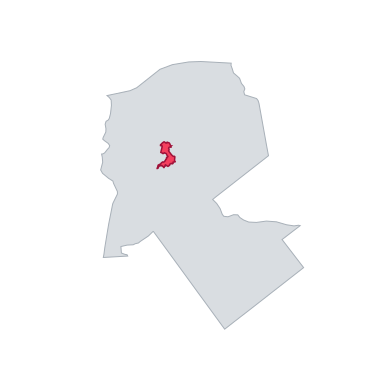 Salamá, Baja Verapaz, Guatemala (highlighted), rotated 142°
{"feature_id": "79465075B18875713614503", "entity_name": "Salamá", "entity_type": "district", "adm_level": 2, "iso_a3": "GTM", "parent_name": "Guatemala", "parent_adm1": "Baja Verapaz", "projection": "robinson", "projection_center": [-90.294, 15.052], "detail": "fine", "context": "in_parent", "style": "filled", "palette": "rose", "viewbox_px": 384, "rotation_deg": 142, "n_neighbors": 0, "source": "geoboundaries", "source_scale": "gbopen_adm2", "svg_char_len": 5447}
<svg xmlns="http://www.w3.org/2000/svg" viewBox="0 0 384 384"><g transform="rotate(142 192 192)"><path d="M81.8,269.4L83.3,267.8L84.5,264.1L86.0,260.3L85.1,255.9L84.5,252.3L86.2,247.1L86.1,243.1L86.9,240.7L89.4,239.2L90.7,236.2L83.6,225.9L83.6,223.5L84.6,220.7L90.4,209.7L97.3,196.6L104.9,182.2L109.4,173.5L126.1,173.5L137.1,173.5L151.0,173.5L166.2,173.5L176.1,173.5L180.3,173.4L179.6,167.7L180.1,161.5L181.9,155.8L181.9,153.3L178.9,150.3L173.2,148.5L170.0,145.8L170.0,142.4L168.6,138.2L165.8,133.4L160.0,128.4L151.3,123.3L143.8,116.5L137.7,108.0L132.5,102.5L128.5,100.2L127.5,98.9L139.2,99.0L150.3,99.1L150.4,86.9L150.5,76.0L150.6,63.7L170.7,63.7L194.7,63.7L219.6,63.7L239.2,63.8L250.7,63.8L250.2,79.0L249.6,96.7L249.2,109.7L248.6,127.0L248.0,144.8L247.2,169.0L246.7,184.6L247.0,184.9L253.5,184.2L263.2,184.9L265.6,184.8L268.6,186.2L270.8,186.6L275.8,190.1L281.6,192.8L285.2,187.4L283.3,184.2L281.8,182.5L282.1,181.1L302.2,195.0L299.8,197.1L294.7,202.1L285.5,210.6L277.2,218.2L269.2,225.1L262.0,231.3L261.1,231.9L252.0,236.3L250.5,238.3L248.5,247.1L247.6,249.3L249.3,254.1L251.0,261.7L250.4,265.6L244.1,270.4L241.2,274.8L239.9,277.6L238.8,276.9L236.8,276.6L232.3,277.7L230.1,278.0L228.3,279.2L228.1,281.9L229.4,286.3L229.8,288.6L228.5,289.6L223.0,292.3L220.8,294.9L218.7,298.9L216.2,300.6L213.7,300.3L211.9,300.9L208.0,303.9L202.2,309.8L199.1,314.2L199.0,317.4L199.6,320.3L178.5,310.0L171.4,308.2L141.7,308.4L129.0,304.4L114.5,296.5L104.7,289.4L81.8,269.4Z" fill="#d9dde1" stroke="#a8b0b8" stroke-width="1"/><path d="M183.1,248.7L183.2,248.8L183.3,248.8L183.5,248.8L183.8,248.8L184.0,248.8L184.3,248.9L184.5,248.9L184.8,248.8L185.0,248.9L185.3,248.8L185.5,248.8L185.8,248.7L186.0,248.8L186.1,248.7L186.3,248.7L186.6,248.5L186.8,248.5L187.0,248.6L187.4,248.7L187.5,248.6L187.8,248.5L188.0,248.4L188.0,248.2L188.2,247.9L188.0,247.7L187.9,247.6L187.8,247.4L187.7,247.4L187.4,247.3L187.3,247.2L187.3,246.9L187.2,246.8L187.2,246.7L187.4,246.3L188.1,245.7L188.4,245.4L188.5,245.4L188.7,245.2L189.0,245.0L189.3,244.7L190.4,243.9L191.3,243.1L191.5,243.0L192.2,242.4L192.1,242.2L191.9,241.7L191.5,241.1L191.4,240.7L191.3,240.2L191.1,240.1L190.7,239.9L190.3,239.9L189.9,240.0L189.7,240.0L189.6,239.9L189.5,239.6L189.4,239.3L189.2,239.0L189.0,238.8L188.9,238.6L188.8,238.4L188.7,238.2L188.7,237.7L188.9,237.1L189.0,237.0L189.0,236.4L189.0,236.2L189.2,235.9L189.2,235.7L189.2,235.4L189.0,235.1L189.1,234.8L189.3,234.7L189.7,234.6L189.9,234.6L190.1,234.6L190.4,234.8L190.5,234.8L190.8,234.7L191.1,234.3L191.3,234.4L191.6,233.9L191.8,233.8L192.0,233.7L192.3,233.7L192.5,233.8L192.7,233.7L192.8,233.7L193.0,233.6L193.3,233.4L193.5,233.3L193.9,233.3L194.0,233.3L194.1,233.2L194.3,233.0L194.5,232.9L195.2,232.9L195.9,233.1L196.0,233.1L196.2,233.3L196.3,233.3L196.4,233.5L196.5,233.7L197.1,233.7L197.5,233.8L197.8,233.9L198.1,233.9L198.3,233.8L198.5,233.7L198.8,233.5L199.0,233.5L199.5,233.6L200.0,233.6L200.6,233.7L200.9,233.7L201.1,233.7L201.3,233.9L201.6,233.9L202.1,234.0L202.3,233.9L202.5,233.8L202.7,233.6L203.2,233.2L203.7,232.8L204.8,232.2L205.0,232.0L204.9,231.9L204.7,231.8L204.5,231.7L204.3,231.7L204.0,231.7L203.6,231.9L203.4,232.1L203.2,232.3L202.9,232.4L202.7,232.4L202.6,232.5L202.3,232.6L202.0,232.6L201.7,232.5L201.3,232.3L201.0,232.2L200.8,232.1L200.7,232.1L200.3,232.3L200.2,232.2L199.9,231.9L199.9,231.5L199.9,231.4L199.6,231.3L199.5,231.2L199.4,231.1L199.3,230.4L199.3,230.1L199.2,229.9L199.1,229.7L199.1,229.3L199.2,228.9L199.2,228.7L198.9,228.5L198.4,228.9L198.1,229.0L197.7,229.2L197.3,229.1L197.2,229.0L196.8,229.5L196.6,229.6L196.3,229.8L196.2,229.8L196.1,229.7L196.0,229.4L196.0,229.2L195.8,228.5L195.7,228.1L195.5,227.8L195.4,227.5L195.3,227.1L195.2,227.0L194.1,226.9L193.9,226.9L193.6,226.9L193.3,226.8L193.2,226.9L193.0,227.1L192.8,227.4L192.7,227.5L192.4,227.6L191.9,227.4L191.4,227.4L191.1,227.4L190.9,227.4L190.6,227.1L190.5,226.7L190.4,226.4L190.0,226.4L189.6,226.3L189.4,226.2L189.3,226.3L189.1,226.4L189.0,226.5L188.9,226.8L188.8,227.0L188.7,227.1L188.4,227.2L188.2,227.1L187.8,226.8L187.7,226.7L187.4,226.5L187.2,226.4L186.9,226.2L186.7,226.2L186.5,226.3L186.5,226.8L186.4,227.4L186.4,227.5L186.0,228.0L185.9,228.1L185.5,228.5L185.3,228.8L185.1,228.9L185.0,229.0L184.8,229.3L184.5,229.6L184.3,229.8L184.2,229.9L184.0,230.1L184.0,230.3L183.9,230.3L183.9,230.5L183.9,230.8L184.0,231.1L184.3,231.2L184.5,231.3L184.7,231.5L184.8,231.7L184.9,232.0L185.0,232.2L185.0,232.5L185.1,232.8L185.1,233.0L185.2,233.3L185.2,233.7L185.2,233.9L185.2,234.1L185.3,234.3L185.3,234.8L185.2,234.9L185.2,235.1L185.2,235.3L185.2,235.8L185.2,237.4L185.2,237.7L185.2,238.1L185.2,238.7L185.1,238.9L185.0,239.0L184.9,239.1L184.6,239.0L184.4,239.1L184.2,239.2L184.1,239.3L184.0,239.5L183.9,239.7L183.9,239.9L183.7,240.2L183.5,240.5L183.3,240.7L183.4,240.9L183.2,241.0L182.9,241.3L182.7,241.3L182.3,241.3L181.9,241.1L181.5,241.0L181.4,241.0L181.4,240.8L181.4,240.7L181.1,240.3L181.0,240.2L180.9,240.2L180.8,240.3L180.7,240.5L180.7,240.8L180.5,241.0L180.1,241.1L179.9,241.1L180.0,241.2L180.3,241.5L180.3,241.8L180.3,242.0L180.2,242.1L180.1,242.5L180.0,243.1L179.9,243.4L179.8,243.6L179.8,244.1L179.7,244.5L179.8,244.7L179.9,245.0L180.0,245.2L180.1,245.4L180.8,246.0L181.0,246.4L181.0,246.5L181.3,246.4L181.5,246.2L181.7,246.4L181.9,246.4L182.1,246.4L182.3,246.4L182.4,246.5L182.4,246.8L182.4,247.0L182.5,247.1L182.6,247.3L182.7,247.5L182.7,247.8L182.9,248.3L183.0,248.4L183.0,248.6L183.1,248.7Z" fill="#f43f5e" stroke="#9f1239" stroke-width="1.5"/></g></svg>